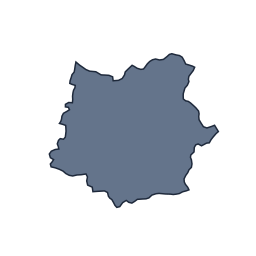 the district of Monte Azul Paulista, São Paulo, Brazil, rotated 65°
{"feature_id": "56859067B11671579354864", "entity_name": "Monte Azul Paulista", "entity_type": "district", "adm_level": 2, "iso_a3": "BRA", "parent_name": "Brazil", "parent_adm1": "São Paulo", "projection": "albers", "projection_center": [-48.686, -20.912], "detail": "fine", "context": "isolated", "style": "filled", "palette": "slate", "viewbox_px": 256, "rotation_deg": 65, "n_neighbors": 0, "source": "geoboundaries", "source_scale": "gbopen_adm2", "svg_char_len": 2190}
<svg xmlns="http://www.w3.org/2000/svg" viewBox="0 0 256 256"><g transform="rotate(65 128 128)"><path d="M170.3,50.6L169.4,47.6L162.1,48.4L161.9,51.6L161.3,56.5L158.7,59.1L154.6,59.7L150.5,60.1L147.4,59.0L145.2,57.6L142.5,56.9L138.3,58.0L135.3,59.2L131.8,60.7L129.4,62.1L127.7,64.3L125.1,65.6L122.2,64.4L120.1,63.3L118.2,61.6L115.9,59.6L114.3,56.1L111.7,53.2L109.4,52.7L106.9,51.0L105.6,48.6L103.5,44.6L101.1,41.9L99.2,43.4L96.7,46.1L94.4,48.7L90.3,48.7L86.7,49.0L84.1,50.7L82.1,53.5L79.2,56.9L78.8,59.4L79.8,62.6L80.8,66.9L79.7,70.6L77.1,73.9L76.5,77.0L76.9,80.3L78.0,83.3L79.9,86.7L81.1,89.0L80.3,91.6L77.7,94.5L75.0,96.2L72.9,97.8L74.7,103.2L76.0,106.8L78.4,108.7L80.7,112.3L80.8,116.5L78.9,121.5L75.1,120.3L72.2,123.0L70.4,126.3L68.5,129.9L63.4,133.4L61.7,136.3L60.3,138.7L57.3,141.4L53.1,143.8L50.4,145.4L46.2,147.3L49.2,149.5L52.7,151.8L54.6,153.2L56.0,156.2L58.4,158.3L60.7,160.5L63.0,161.9L64.8,160.3L67.1,157.8L69.1,159.1L70.8,161.4L72.7,162.9L75.7,164.8L78.9,166.1L81.6,167.7L79.8,171.0L80.1,174.7L82.4,175.8L84.1,173.3L86.7,173.3L87.1,176.3L87.4,180.3L89.4,182.9L91.9,184.5L93.6,186.1L94.9,188.2L97.2,185.5L99.3,183.4L101.5,184.2L104.7,185.5L107.3,187.1L109.8,188.7L110.9,191.2L109.0,193.9L109.8,196.2L112.5,198.8L115.3,199.0L117.8,199.6L116.7,203.1L116.6,207.3L118.3,210.3L122.1,210.9L125.2,208.8L126.6,211.0L127.8,213.6L130.7,214.1L133.4,210.7L136.5,207.6L139.6,205.1L143.0,203.6L146.0,201.3L148.1,198.4L149.0,194.1L150.6,190.1L151.9,185.5L155.2,185.4L158.5,187.8L162.7,188.7L166.5,185.4L170.9,186.7L172.6,182.2L174.1,178.4L175.1,175.9L177.8,173.8L181.6,174.6L184.0,174.1L186.0,172.9L189.5,172.6L192.6,172.5L195.2,171.7L195.8,168.7L193.4,164.4L192.9,160.2L195.7,158.7L197.7,156.2L197.3,152.9L196.6,149.7L198.5,144.8L199.8,141.6L200.2,138.6L198.9,134.7L199.4,130.4L200.4,127.5L203.7,121.8L205.8,117.6L207.4,115.1L208.3,112.3L209.1,109.2L208.9,105.5L209.6,101.6L209.8,98.9L207.1,98.9L203.2,99.8L200.7,99.8L197.8,98.7L195.4,95.7L193.7,92.7L191.6,90.3L190.5,87.2L187.6,85.2L183.7,84.0L181.0,83.8L179.0,82.5L177.6,78.3L173.6,76.1L171.9,73.7L172.1,71.2L175.2,68.9L174.9,63.2L175.8,60.6L173.7,57.7L172.3,55.0L170.3,50.6Z" fill="#64748b" stroke="#1e293b" stroke-width="1.5"/></g></svg>